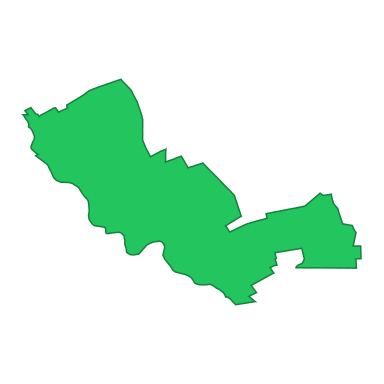 outline of Cordun, Neamt, Romania
{"feature_id": "2599482B24546192512352", "entity_name": "Cordun", "entity_type": "district", "adm_level": 2, "iso_a3": "ROU", "parent_name": "Romania", "parent_adm1": "Neamt", "projection": "natural_earth1", "projection_center": [26.864, 46.98], "detail": "fine", "context": "isolated", "style": "filled", "palette": "green", "viewbox_px": 384, "rotation_deg": 0, "n_neighbors": 0, "source": "geoboundaries", "source_scale": "gbopen_adm2", "svg_char_len": 5816}
<svg xmlns="http://www.w3.org/2000/svg" viewBox="0 0 384 384"><path d="M360.9,254.5L360.7,246.0L353.2,246.1L353.6,243.8L356.0,232.7L353.6,228.7L352.3,225.5L345.3,224.3L342.4,223.7L342.3,223.0L341.6,220.8L340.6,217.9L339.0,212.9L338.6,211.7L338.0,209.2L336.9,207.3L336.3,206.8L335.8,206.5L335.5,206.2L335.3,205.9L334.9,205.4L334.7,204.9L334.2,204.4L333.7,203.8L333.4,203.4L333.2,202.6L333.1,201.7L332.8,200.9L332.4,199.8L332.2,198.9L332.0,198.2L331.8,197.3L331.5,196.0L331.4,194.2L329.4,194.5L326.3,195.0L323.1,195.5L320.1,193.1L319.3,193.9L316.7,196.1L306.0,205.2L305.2,205.8L304.9,206.0L304.7,206.1L303.7,206.3L301.3,206.9L294.6,208.2L290.9,208.9L286.9,209.6L283.5,210.3L280.0,211.1L279.2,211.2L278.5,211.3L277.9,211.4L276.7,211.6L274.5,212.0L272.2,212.5L270.7,212.8L268.3,213.3L267.5,213.4L267.2,213.5L266.9,213.6L266.6,213.7L266.1,213.7L266.5,215.8L267.1,218.2L267.1,218.3L263.0,219.4L260.8,219.9L255.1,221.5L254.7,221.7L253.5,222.0L251.1,222.7L250.0,223.1L249.1,223.3L247.6,223.7L246.9,224.0L246.2,224.2L243.6,225.4L241.7,226.4L240.6,226.8L237.7,228.2L234.8,229.6L232.2,230.9L230.5,231.7L229.9,231.9L229.7,231.9L227.7,229.0L227.7,228.9L227.6,228.6L226.5,227.0L225.8,226.6L225.5,226.2L225.3,225.9L226.9,225.0L230.2,223.0L232.6,221.5L236.0,219.4L240.6,216.6L241.3,216.4L240.6,214.3L239.7,211.6L239.1,209.7L238.1,206.8L237.5,205.0L236.3,201.2L235.8,200.0L235.3,198.3L234.8,196.7L234.4,195.7L234.1,195.2L233.7,194.5L233.0,193.9L232.7,193.7L232.0,193.0L231.3,192.3L231.3,192.1L229.7,190.5L225.6,186.4L219.0,179.5L218.5,179.0L218.2,178.6L217.9,178.3L216.4,176.8L210.7,171.2L209.4,169.8L206.6,166.9L204.9,165.2L202.9,163.0L197.2,164.9L194.9,165.6L194.7,165.8L194.3,165.9L191.3,166.8L188.0,167.8L187.9,167.5L187.1,166.1L185.9,164.0L182.9,158.7L181.2,156.1L178.6,157.2L177.6,157.5L176.3,158.0L175.3,158.4L173.7,159.1L172.4,159.6L170.5,160.2L167.9,161.1L166.4,161.7L165.8,162.2L165.5,162.3L165.6,159.5L165.7,152.1L165.9,149.2L165.7,149.4L165.1,149.7L164.3,149.9L163.8,150.1L163.0,150.5L161.9,150.9L161.2,151.0L160.8,151.2L160.3,151.4L159.4,152.0L159.0,152.3L158.1,152.7L156.9,153.3L155.4,154.1L154.4,154.6L153.0,155.4L152.1,155.9L151.3,156.3L150.9,156.6L150.6,156.7L149.5,154.9L147.7,151.3L147.3,150.7L146.8,149.7L146.4,149.1L145.7,147.5L145.1,146.2L144.1,143.6L143.1,141.2L142.6,140.0L142.7,139.9L142.6,138.4L142.7,133.7L142.7,133.1L142.6,129.7L142.6,129.1L142.7,127.7L142.7,124.8L142.7,122.6L142.6,121.3L142.7,121.1L142.7,120.9L142.7,120.2L142.7,119.6L142.7,119.3L142.6,119.2L142.4,118.5L142.2,117.9L142.1,117.2L142.0,116.4L141.7,115.4L141.3,114.2L141.1,113.5L140.6,111.9L140.4,111.5L139.9,110.0L139.7,109.4L139.4,108.7L139.2,108.3L139.1,108.0L139.0,107.2L138.9,106.9L138.7,106.5L138.1,104.7L137.7,103.5L137.5,102.9L137.3,102.2L136.7,100.9L136.1,99.9L134.9,97.6L134.1,96.2L132.8,93.6L132.0,91.8L131.4,90.7L130.9,90.1L130.5,89.5L129.9,88.8L128.8,87.7L128.2,87.1L127.8,86.7L127.5,86.4L127.0,85.8L126.0,84.7L125.4,84.2L125.0,83.8L124.2,83.0L123.3,82.0L122.6,81.3L121.7,80.3L121.4,79.8L121.1,79.3L115.3,81.2L109.2,83.4L107.7,83.8L106.5,84.3L104.2,85.1L102.6,85.6L101.1,86.2L99.5,86.7L97.1,87.6L95.4,88.2L93.7,88.8L90.8,90.1L90.0,90.3L89.5,90.5L89.3,90.6L89.2,90.6L88.9,91.0L88.6,91.2L87.9,91.6L85.1,93.8L84.3,94.4L84.2,94.5L83.5,95.1L83.1,95.3L82.8,95.4L81.8,96.0L81.4,96.3L80.8,96.6L80.5,96.9L79.9,97.2L79.3,97.6L78.6,97.9L78.0,98.3L77.1,99.0L76.8,99.2L76.4,99.4L75.6,99.9L75.3,100.0L74.3,100.6L73.9,100.9L72.3,101.8L71.4,102.3L70.7,102.8L69.3,103.6L68.9,103.9L67.7,104.5L66.9,104.9L66.8,105.2L66.8,105.4L66.8,106.0L66.8,106.4L67.0,106.7L67.1,107.0L67.3,107.3L67.5,107.5L67.7,107.8L67.6,108.0L65.3,109.1L64.3,109.5L61.7,110.6L60.0,111.4L58.5,112.1L55.5,107.7L55.4,107.7L55.1,107.9L54.4,108.1L53.8,108.2L53.5,108.1L53.3,108.3L52.6,108.7L51.8,109.2L48.9,110.8L44.8,113.1L41.1,114.9L40.1,115.8L39.4,116.3L39.2,116.5L38.3,115.3L37.8,114.5L37.4,114.2L36.1,114.2L34.1,111.8L30.9,107.6L29.4,108.4L29.1,108.4L24.9,110.6L28.1,114.8L27.5,114.7L26.2,114.7L25.2,114.8L23.0,114.8L23.6,115.3L25.7,118.8L26.8,120.1L28.1,121.9L28.7,124.0L28.7,125.6L28.5,126.6L28.7,127.1L30.6,128.4L31.8,129.9L33.2,133.1L34.5,136.0L34.2,139.4L33.9,140.1L32.7,142.0L31.5,145.5L31.0,147.1L31.2,148.3L31.8,149.3L33.2,150.6L35.0,152.3L36.8,153.7L38.2,154.4L35.6,155.7L43.7,161.7L47.6,164.8L50.0,169.9L51.2,172.0L53.7,177.7L56.4,180.4L58.6,181.3L60.7,182.2L65.4,182.4L68.6,182.5L72.1,183.3L74.8,185.1L76.9,186.3L78.9,187.9L80.3,190.2L82.1,193.2L84.8,196.8L86.8,198.7L88.2,200.8L88.9,205.9L89.2,211.4L88.5,215.4L88.7,217.0L89.1,219.3L90.8,222.0L92.4,224.1L94.2,225.6L95.8,225.9L103.2,227.0L103.9,226.9L105.3,227.9L105.8,229.9L105.7,231.9L106.4,233.4L108.5,233.6L111.6,233.0L115.1,232.6L118.2,232.3L120.5,232.6L122.0,233.7L124.0,235.8L124.9,240.9L124.8,244.1L126.2,248.8L126.6,252.4L128.8,253.8L130.7,254.7L134.0,254.9L138.7,254.1L140.9,251.8L146.8,245.0L150.7,243.0L153.6,241.9L159.7,241.2L161.3,241.6L162.3,242.4L163.9,244.4L164.7,247.0L164.1,250.2L163.1,254.3L162.9,255.1L164.8,259.2L168.6,264.0L170.4,266.0L171.2,267.5L172.8,270.1L175.2,271.9L178.9,272.9L184.8,274.3L188.1,275.7L191.2,277.6L193.3,280.6L194.3,282.5L195.6,283.6L198.8,284.6L202.8,284.9L206.8,284.7L210.2,284.3L213.2,285.6L215.2,287.2L216.7,288.3L217.4,288.6L218.5,289.1L219.2,289.5L221.6,291.2L222.8,292.2L223.5,293.0L224.4,293.9L224.8,294.7L225.2,295.7L225.5,296.6L225.6,297.1L226.9,297.0L227.6,296.9L227.8,297.0L228.3,297.9L228.8,297.9L229.4,298.2L231.1,299.9L232.6,301.5L234.4,303.3L235.6,304.7L245.9,303.1L254.9,301.6L255.2,301.6L248.9,296.3L256.5,292.6L251.2,285.4L272.6,273.6L273.9,273.2L270.1,267.7L270.3,267.7L274.0,265.6L274.3,265.6L277.0,265.2L275.1,258.9L276.3,258.4L275.0,252.7L282.4,251.5L301.8,248.3L304.3,258.9L302.5,263.1L297.5,265.5L296.0,267.2L296.0,267.8L330.2,267.9L356.4,268.1L355.9,258.8L361.0,258.7L360.9,254.5Z" fill="#22c55e" stroke="#15803d" stroke-width="1.5"/></svg>